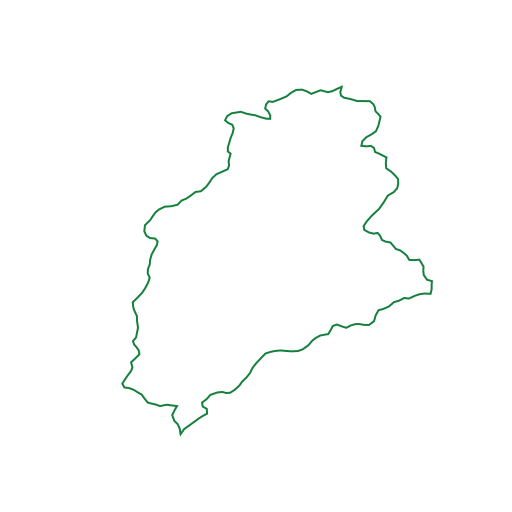 Monte Belo, Minas Gerais, Brazil (Equal Earth projection), rotated 235°
{"feature_id": "56859067B81338471548268", "entity_name": "Monte Belo", "entity_type": "district", "adm_level": 2, "iso_a3": "BRA", "parent_name": "Brazil", "parent_adm1": "Minas Gerais", "projection": "equal_earth", "projection_center": [-46.327, -21.306], "detail": "fine", "context": "isolated", "style": "outline", "palette": "green", "viewbox_px": 512, "rotation_deg": 235, "n_neighbors": 0, "source": "geoboundaries", "source_scale": "gbopen_adm2", "svg_char_len": 3081}
<svg xmlns="http://www.w3.org/2000/svg" viewBox="0 0 512 512"><g transform="rotate(235 256 256)"><path d="M228.1,73.2L223.8,72.8L220.6,76.3L216.1,79.3L212.4,80.8L207.9,82.9L202.8,82.9L198.0,83.3L194.9,85.9L191.7,88.8L188.1,91.3L185.4,97.5L181.9,101.3L178.4,105.2L176.4,101.0L173.7,96.1L167.8,94.5L163.3,95.4L158.4,94.5L153.3,92.0L155.5,98.1L155.5,105.0L155.6,110.2L155.7,116.1L155.5,120.8L154.9,125.5L159.0,128.0L163.3,126.0L166.9,127.8L167.1,133.5L168.4,139.0L166.4,146.0L163.9,150.5L161.0,152.8L158.8,156.5L158.6,161.7L159.4,168.1L161.0,172.4L162.0,178.6L163.5,183.9L166.4,189.1L168.2,195.2L169.5,201.7L170.7,207.8L169.0,213.2L167.3,217.1L164.7,221.7L160.8,226.4L157.6,230.3L154.0,236.0L152.8,240.6L152.8,247.4L154.4,253.8L154.6,258.1L154.0,263.1L152.4,266.6L150.6,270.4L152.5,274.7L154.6,278.8L153.4,283.0L149.4,285.7L145.4,288.8L144.7,294.1L143.2,298.3L141.1,301.5L137.8,304.8L134.7,308.9L134.9,315.3L138.6,319.8L141.3,325.2L139.6,329.9L138.4,336.2L139.1,342.5L137.4,347.3L136.6,353.3L133.5,356.8L132.2,363.6L130.8,368.2L128.6,372.5L124.9,377.3L127.9,380.7L131.2,383.0L134.5,385.7L138.4,382.5L144.2,382.5L148.0,384.6L151.1,387.1L155.2,387.5L159.3,387.7L162.0,383.0L164.9,379.3L169.8,379.7L173.9,378.7L177.5,377.5L181.6,374.6L185.6,374.3L189.9,373.9L193.5,370.4L196.8,368.4L201.7,369.3L205.2,368.8L206.8,365.2L210.5,362.0L215.3,359.7L218.7,361.3L220.7,366.1L222.6,373.9L224.0,383.9L226.9,391.9L229.9,398.7L229.3,405.5L230.6,410.7L233.6,413.9L237.5,416.5L241.8,416.2L247.5,415.1L253.2,413.0L257.6,415.6L262.0,419.4L266.3,417.1L269.3,415.5L272.9,413.2L276.8,414.6L280.3,413.3L282.3,409.6L285.8,405.5L289.0,408.9L290.0,414.4L289.4,420.6L289.4,425.8L292.4,430.8L296.0,434.9L298.7,437.9L302.1,437.6L306.1,436.9L309.6,438.6L312.9,439.2L317.5,438.1L321.6,432.4L324.8,427.8L327.8,425.5L331.1,422.8L335.0,419.0L338.7,417.6L341.8,419.0L345.4,423.2L346.4,418.4L347.2,413.2L348.9,408.9L351.6,406.6L354.7,404.0L355.9,399.2L357.1,394.3L361.6,392.1L365.9,389.1L369.0,384.1L369.6,378.2L369.2,372.6L370.7,365.6L372.6,358.2L375.5,355.0L374.3,351.1L371.5,348.1L367.3,348.9L363.0,348.3L360.2,346.3L362.7,343.1L366.4,339.9L371.7,336.1L375.3,332.4L378.2,329.7L382.8,326.3L385.3,321.2L386.9,317.8L387.1,312.6L384.9,308.5L380.8,309.6L377.3,311.8L373.4,311.0L370.0,307.3L367.3,303.0L364.1,299.0L361.1,295.2L357.8,292.9L354.4,293.9L352.0,291.0L349.2,287.8L345.8,286.1L343.3,282.7L344.4,277.0L345.7,270.5L344.9,264.8L343.2,260.6L341.3,255.1L340.7,247.9L343.2,243.1L342.9,236.9L343.0,231.7L344.1,226.9L343.0,221.2L345.3,215.3L348.8,209.4L349.7,203.4L349.4,198.8L348.0,194.7L346.1,189.9L344.9,182.7L340.2,178.6L335.3,177.9L331.5,179.5L328.1,183.4L324.4,183.8L321.8,181.1L319.8,176.8L317.2,171.5L313.7,167.2L310.1,164.2L307.2,159.9L303.6,157.2L299.1,156.5L295.8,151.9L293.1,146.5L291.3,141.9L290.1,136.4L288.8,128.5L284.1,125.9L280.0,124.8L275.1,124.0L271.2,121.4L268.1,119.8L264.9,118.2L261.6,114.7L258.1,111.1L256.9,106.5L253.5,105.4L250.0,105.8L246.1,105.8L242.4,104.2L241.3,97.9L240.6,92.7L235.5,90.8L233.4,87.6L232.1,83.4L230.4,78.7L228.1,73.2Z" fill="none" stroke="#15803d" stroke-width="2"/></g></svg>